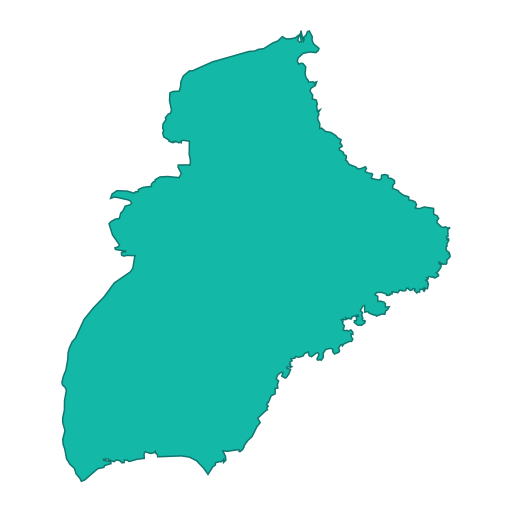 Pabna, Rajshahi, Bangladesh (Robinson projection), rotated 90°
{"feature_id": "16705992B46384724638491", "entity_name": "Pabna", "entity_type": "district", "adm_level": 2, "iso_a3": "BGD", "parent_name": "Bangladesh", "parent_adm1": "Rajshahi", "projection": "robinson", "projection_center": [89.41, 24.081], "detail": "fine", "context": "isolated", "style": "filled", "palette": "teal", "viewbox_px": 512, "rotation_deg": 90, "n_neighbors": 0, "source": "geoboundaries", "source_scale": "gbopen_adm2", "svg_char_len": 6034}
<svg xmlns="http://www.w3.org/2000/svg" viewBox="0 0 512 512"><g transform="rotate(90 256 256)"><path d="M249.5,396.5L251.1,386.2L251.8,386.3L251.9,389.7L252.7,390.6L255.1,390.4L256.1,388.5L255.4,384.7L255.7,377.1L268.4,379.2L271.9,381.7L282.9,397.7L296.8,407.9L308.2,418.9L319.4,427.9L338.4,436.7L341.9,439.9L347.9,442.6L352.5,443.9L359.1,444.2L370.1,446.1L376.4,448.7L382.5,450.1L384.9,449.5L387.5,446.8L390.1,445.6L400.9,447.5L410.0,447.6L418.0,449.3L422.4,449.3L430.6,447.0L439.1,449.2L444.3,448.9L449.1,447.2L458.6,445.5L464.1,442.2L468.4,437.6L473.8,435.9L478.6,431.9L481.3,430.7L480.1,427.5L468.7,414.3L467.4,408.1L465.6,407.5L463.6,401.0L461.8,401.2L460.2,408.5L459.3,408.5L458.9,403.9L459.8,403.4L461.7,398.1L459.9,395.4L460.8,391.9L462.8,390.2L462.6,387.9L460.1,387.6L460.2,384.7L461.5,382.9L459.2,374.6L458.4,367.7L453.8,368.0L451.7,366.8L453.5,361.5L452.7,357.9L451.3,356.7L453.1,356.2L454.9,354.5L456.8,354.3L455.9,330.6L457.1,322.6L460.7,315.5L468.1,308.4L474.4,304.0L466.9,299.3L465.0,296.6L463.0,296.8L461.7,292.9L461.8,290.7L459.4,288.3L462.4,288.4L460.1,286.1L456.2,286.6L450.8,289.2L451.3,284.5L449.7,274.0L450.1,272.8L451.4,272.9L451.7,272.1L449.7,269.5L446.9,267.9L446.1,268.2L440.5,264.2L436.5,259.9L426.9,255.2L422.6,251.8L418.3,254.3L410.3,245.9L409.9,244.6L407.9,245.3L406.2,243.8L404.9,245.1L402.8,244.9L402.7,243.7L395.7,240.8L393.9,236.9L388.3,236.8L388.1,234.2L384.6,234.6L380.9,233.4L378.9,235.8L375.0,234.4L372.8,231.6L372.2,230.1L372.6,229.0L376.1,230.3L378.1,226.8L377.6,225.7L373.8,223.1L369.3,221.4L368.4,224.8L367.4,225.3L366.6,224.4L367.3,221.5L366.7,220.1L365.7,221.6L364.0,221.5L363.9,222.4L362.0,221.9L360.8,219.9L358.8,221.1L358.2,217.2L356.6,216.5L357.2,213.1L356.0,209.0L353.5,207.4L351.9,203.9L355.8,202.8L356.7,200.4L352.7,195.2L353.0,193.6L355.1,193.2L359.0,195.1L360.2,194.1L359.7,192.0L360.2,190.7L357.4,188.7L353.2,188.8L349.5,186.3L348.3,181.8L349.3,179.1L351.6,179.3L354.0,177.6L352.3,173.3L350.8,172.4L348.2,173.4L344.9,171.5L344.6,170.3L346.0,169.6L343.9,168.1L341.4,162.4L341.4,160.4L339.1,159.2L337.0,160.6L334.0,161.0L334.4,159.1L332.2,159.2L329.9,161.1L331.3,163.7L330.3,164.9L330.7,166.9L330.0,168.7L325.7,167.7L323.7,169.4L321.4,169.0L319.9,170.8L319.0,168.9L319.8,168.4L319.4,165.6L317.9,166.1L318.7,165.0L318.1,163.1L318.8,162.7L318.9,160.6L316.7,159.9L315.0,153.9L316.3,153.6L316.6,156.1L318.3,155.3L319.9,155.5L320.7,155.9L320.7,157.6L322.4,157.7L325.1,154.4L325.3,150.5L323.0,147.3L321.0,146.8L320.5,147.2L320.9,148.6L319.3,149.8L318.2,149.1L315.0,150.3L312.6,149.5L310.6,151.7L305.9,149.1L305.5,147.4L312.1,147.3L311.6,144.1L313.1,142.9L315.1,137.9L315.0,136.3L316.1,135.6L314.0,130.0L314.3,127.2L310.8,126.3L309.7,124.5L306.8,122.8L307.1,126.5L303.6,126.7L302.2,128.0L301.0,131.7L301.5,134.1L296.3,134.3L294.8,137.0L292.5,135.5L292.4,130.4L294.2,125.2L295.3,125.4L295.4,123.7L295.0,122.1L294.2,122.1L293.9,119.9L291.8,119.8L292.7,114.1L290.0,112.2L290.9,109.1L290.7,106.5L288.2,105.4L288.3,103.7L289.0,103.7L290.4,101.7L289.9,100.0L288.6,98.8L289.1,97.0L290.4,97.7L293.0,95.2L291.8,94.2L292.1,92.5L289.4,92.1L289.3,89.1L291.0,88.4L291.1,87.6L289.6,87.0L288.4,88.4L287.9,88.0L288.7,84.6L283.8,83.6L283.4,84.3L281.8,84.2L280.2,86.2L279.5,84.3L278.4,83.9L277.7,84.9L277.6,83.9L276.5,83.4L277.2,79.7L276.8,78.6L277.9,77.8L277.9,76.9L275.9,73.5L274.7,73.5L272.7,75.7L271.6,74.0L267.5,71.2L265.0,70.8L263.7,72.9L262.1,73.0L264.2,69.1L264.1,65.9L263.0,65.1L260.4,65.3L256.7,61.9L254.8,62.1L254.0,63.2L253.6,62.5L252.5,62.9L250.5,65.4L249.0,65.9L246.7,65.8L245.9,64.8L244.3,65.3L240.0,63.1L239.5,63.4L239.6,64.7L238.5,63.9L238.3,65.2L236.7,65.6L236.2,64.0L229.6,64.2L228.1,62.4L227.6,62.7L228.2,64.2L226.8,66.6L227.5,68.9L227.0,70.5L222.8,74.9L220.6,75.0L218.5,73.3L215.7,75.0L214.3,78.3L208.4,78.4L207.0,87.8L208.7,92.7L208.0,96.8L204.6,95.5L201.9,96.9L200.7,99.2L199.9,103.1L196.8,103.3L195.1,108.8L192.1,112.9L190.7,113.6L188.3,119.5L184.7,118.9L183.4,117.4L180.5,117.6L178.5,120.6L178.0,123.8L175.4,124.0L174.5,127.2L175.2,130.4L178.9,130.8L180.0,133.0L178.7,139.4L178.1,140.8L174.4,139.4L173.5,140.2L173.2,143.2L171.7,146.6L170.6,146.8L168.6,145.5L166.7,146.6L168.5,150.7L169.0,153.9L167.0,156.2L164.3,163.0L161.1,165.0L160.0,166.5L157.7,165.6L155.5,165.9L154.8,168.0L152.4,168.6L149.7,172.7L148.3,172.8L146.3,169.8L144.1,170.7L143.6,172.0L139.7,170.9L137.9,174.3L135.6,176.2L132.4,181.1L131.5,186.4L128.1,190.3L128.6,192.3L123.7,192.2L119.9,194.0L117.3,194.4L114.6,193.1L112.5,193.6L109.8,191.9L111.3,194.7L105.4,195.4L104.3,194.6L100.6,195.6L99.8,196.1L99.0,199.7L95.2,199.3L90.9,202.1L88.1,200.9L85.5,196.6L84.6,196.4L84.2,197.2L83.8,196.1L81.8,195.3L82.6,197.8L81.9,198.8L82.0,203.6L80.5,203.7L77.7,206.0L73.9,206.9L66.8,206.3L63.5,209.1L63.2,211.1L64.3,213.2L61.2,214.7L57.9,213.9L53.4,208.9L52.0,202.4L52.6,196.0L50.5,193.7L48.4,193.0L43.6,198.7L39.7,200.0L36.8,199.7L31.0,202.7L31.6,204.5L35.4,206.1L37.2,208.4L39.7,207.8L41.4,208.7L30.7,211.0L34.2,211.7L42.0,210.8L42.0,212.4L40.4,214.4L34.4,212.3L37.7,216.5L38.8,221.4L38.9,226.0L36.6,229.6L40.9,234.1L43.0,239.3L48.7,248.4L49.3,253.4L51.1,257.5L51.4,262.8L61.9,299.6L70.8,319.6L70.9,322.6L76.0,328.7L81.7,331.1L87.2,331.6L91.2,332.9L91.4,338.7L92.8,342.1L100.7,342.5L110.2,340.5L113.3,341.6L114.1,343.7L117.7,346.6L119.7,346.0L123.7,348.9L128.1,349.3L130.8,348.3L132.6,349.3L136.8,348.3L140.4,342.6L141.1,343.0L142.4,340.2L142.6,339.0L141.7,339.0L142.2,337.2L141.1,336.8L142.8,333.1L142.3,332.0L142.8,330.8L140.8,330.6L140.3,328.9L141.2,322.6L154.3,322.8L160.3,321.6L164.9,321.8L165.0,333.8L167.3,333.9L173.4,330.7L177.6,332.9L176.5,344.4L176.9,352.0L179.7,356.8L181.5,356.9L181.7,358.4L184.0,360.5L186.4,360.7L187.3,368.5L188.6,371.8L189.5,373.6L191.7,373.9L191.8,376.6L193.2,377.8L191.1,384.8L190.7,395.1L194.0,399.9L198.4,401.4L197.2,398.3L197.2,395.9L199.9,383.8L200.9,381.7L203.0,380.4L204.7,381.7L206.2,386.8L210.9,389.1L213.0,391.2L218.5,392.7L219.1,396.7L221.5,400.9L223.7,403.0L234.9,399.5L245.1,392.4L246.9,393.9L247.9,397.1L249.5,396.5Z" fill="#14b8a6" stroke="#0f766e" stroke-width="1.5"/></g></svg>